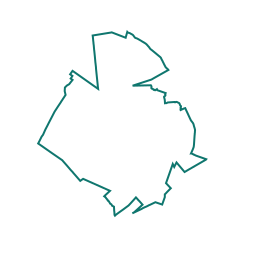 Aquiles Serdán, Chihuahua, Mexico, rotated 215°
{"feature_id": "50627088B18240025112531", "entity_name": "Aquiles Serdán", "entity_type": "district", "adm_level": 2, "iso_a3": "MEX", "parent_name": "Mexico", "parent_adm1": "Chihuahua", "projection": "robinson", "projection_center": [-105.843, 28.58], "detail": "fine", "context": "isolated", "style": "outline", "palette": "teal", "viewbox_px": 256, "rotation_deg": 215, "n_neighbors": 0, "source": "geoboundaries", "source_scale": "gbopen_adm2", "svg_char_len": 4308}
<svg xmlns="http://www.w3.org/2000/svg" viewBox="0 0 256 256"><g transform="rotate(215 128 128)"><path d="M88.4,48.7L88.1,50.2L86.8,54.0L85.2,58.5L84.1,61.8L83.1,64.8L82.7,67.5L82.1,72.2L81.7,75.7L80.3,75.4L79.1,75.1L77.9,74.8L76.6,74.6L75.4,74.3L74.1,74.0L72.9,73.7L72.1,73.5L74.6,62.5L75.5,60.6L70.5,69.4L69.7,71.2L69.2,72.0L68.8,72.8L68.7,72.9L67.7,74.5L66.8,76.2L66.7,76.5L66.4,77.0L66.1,77.4L63.0,82.9L56.1,84.9L58.2,92.5L59.8,94.8L59.7,95.1L59.5,96.2L59.5,96.3L59.3,97.8L58.4,103.2L65.2,104.6L70.7,124.2L67.8,122.6L68.5,127.6L56.4,124.4L54.5,128.6L46.0,146.8L46.0,147.3L53.8,145.1L56.0,144.5L56.3,144.4L56.5,144.4L56.8,144.3L59.0,144.0L59.0,143.9L59.8,143.8L61.7,143.5L61.8,143.4L62.5,146.9L62.7,147.8L62.9,148.7L63.2,149.7L63.3,150.1L63.7,150.9L64.4,152.2L66.7,156.0L67.2,156.8L68.7,159.3L69.3,160.3L69.6,160.9L69.9,161.3L70.1,161.6L70.2,161.9L70.7,162.8L71.1,163.4L71.2,163.6L71.4,163.9L71.5,164.2L71.7,164.4L72.2,165.1L72.8,165.6L73.6,166.3L74.3,166.8L75.4,167.7L76.3,168.5L76.7,168.8L77.1,169.0L77.6,169.3L79.1,169.8L80.2,170.1L80.4,170.2L81.0,170.4L81.8,170.9L82.4,171.2L82.9,171.5L85.5,173.0L88.4,174.7L90.7,176.0L92.5,177.1L93.2,176.3L95.2,172.9L95.5,173.1L95.9,174.0L95.8,174.4L96.3,174.5L96.5,174.6L96.6,175.1L96.7,175.5L96.8,175.8L97.0,176.1L97.2,176.3L97.4,176.3L97.5,176.2L97.7,176.3L98.2,176.5L98.6,176.7L99.0,176.9L99.3,177.2L99.7,177.5L100.2,177.7L100.8,177.7L101.1,177.6L102.7,177.4L103.4,177.1L103.8,176.7L104.0,176.3L104.2,176.0L104.8,176.0L110.1,171.7L110.7,170.5L111.6,169.8L111.9,169.5L113.1,171.0L114.1,172.2L115.8,173.7L116.3,174.1L116.4,174.5L116.1,175.3L116.0,175.9L116.2,176.5L116.9,176.9L117.0,177.4L117.2,178.2L125.6,175.8L126.6,176.4L127.4,174.5L127.6,174.4L127.8,174.4L128.0,174.4L128.5,174.4L128.8,174.3L129.0,174.0L129.5,174.2L129.8,174.2L130.2,174.2L130.6,174.1L131.0,173.9L131.3,173.9L131.6,174.0L131.8,174.1L131.9,174.3L132.1,174.6L132.3,175.1L132.5,175.3L132.6,175.5L133.1,175.8L133.4,176.0L133.6,176.1L133.8,176.1L148.5,165.3L136.6,181.1L135.4,183.7L128.2,198.7L128.7,198.9L129.4,199.0L130.0,199.1L130.5,199.1L130.9,199.2L131.2,199.2L131.9,199.4L132.6,199.6L133.1,200.0L133.7,200.2L134.2,200.5L134.7,200.8L135.2,201.0L135.7,201.3L136.2,201.6L136.8,201.9L137.4,202.2L138.0,202.6L138.6,202.9L139.0,203.1L139.3,203.2L139.7,203.4L140.2,203.7L140.7,204.0L141.2,204.3L141.5,204.4L141.9,204.5L142.2,204.6L142.5,204.6L143.6,204.7L147.2,205.0L153.6,205.5L154.1,205.5L154.5,205.5L154.8,205.5L155.1,205.6L155.8,205.8L156.6,206.1L156.9,206.3L157.2,206.3L157.6,206.4L157.9,206.5L158.4,206.6L158.9,206.7L159.4,206.9L159.8,206.9L160.3,207.1L160.9,207.2L161.4,207.2L162.0,207.3L170.5,206.7L171.2,206.6L171.7,206.5L172.2,206.5L172.7,206.3L173.3,206.1L173.8,206.0L174.1,206.0L174.4,206.1L174.7,206.2L175.4,206.4L175.7,206.5L176.2,206.7L176.6,206.8L176.8,206.9L177.2,207.0L177.6,207.0L177.8,207.0L178.4,207.0L179.2,206.9L179.9,206.8L180.4,206.8L181.0,206.7L181.3,206.6L181.7,206.5L181.9,206.4L182.2,206.3L182.6,206.2L182.9,206.2L183.3,206.2L183.7,206.3L182.0,201.4L181.7,200.6L196.2,197.0L196.4,196.7L198.9,194.3L210.0,183.5L208.8,182.2L207.7,180.9L206.6,179.6L205.0,177.8L204.7,177.4L203.5,176.1L200.4,172.4L200.0,172.0L196.2,167.6L192.4,163.1L191.4,162.0L189.1,159.4L188.1,158.1L185.5,155.1L177.7,146.1L176.1,144.2L175.7,143.8L174.9,142.9L179.7,142.9L200.5,143.0L206.2,143.0L206.2,140.7L206.2,138.8L203.4,138.8L203.3,136.5L203.3,135.6L201.0,135.6L201.2,132.6L201.3,130.2L201.5,129.7L202.4,127.8L202.9,125.0L201.7,123.0L201.0,121.9L198.1,119.3L198.1,118.7L198.0,115.9L198.0,114.8L197.9,112.9L197.9,111.2L197.8,110.6L197.7,105.3L197.5,99.3L196.6,92.6L196.0,88.1L195.8,86.6L195.4,83.9L195.1,81.6L194.8,79.3L193.7,73.7L193.8,71.4L193.1,66.8L192.7,63.8L186.0,63.8L181.4,63.8L176.3,63.8L163.3,63.9L163.0,63.8L162.7,63.7L156.9,62.3L150.7,60.7L147.8,60.1L147.7,60.0L136.8,57.3L135.6,60.6L106.7,66.2L108.2,59.2L108.3,58.4L108.0,58.4L107.8,58.4L107.6,58.4L107.3,58.6L106.9,58.3L106.7,58.3L106.1,58.2L105.6,57.9L105.1,57.8L104.6,57.7L104.3,57.6L104.0,57.6L103.6,57.3L103.3,57.3L103.2,57.1L102.6,56.9L102.2,57.1L101.9,57.0L101.1,56.7L100.4,56.4L99.8,56.1L99.2,55.8L98.7,55.9L97.8,55.9L97.3,55.7L96.8,55.4L96.5,55.2L96.0,55.3L95.0,55.4L94.4,55.5L93.9,54.9L93.1,53.9L92.4,53.0L91.8,52.2L91.3,51.7L90.7,51.0L89.3,49.2L88.9,48.9L88.4,48.7Z" fill="none" stroke="#0f766e" stroke-width="2"/></g></svg>